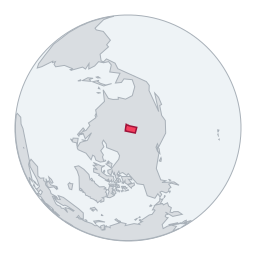 South Dakota on an orthographic globe, rotated 190°
{"feature_id": "USA-3534", "entity_name": "South Dakota", "entity_type": "State", "adm_level": 1, "iso_a3": "USA", "parent_name": "United States of America", "parent_adm1": "", "projection": "orthographic", "projection_center": [-98.157, 44.23], "detail": "medium", "context": "on_globe", "style": "filled", "palette": "rose", "viewbox_px": 256, "rotation_deg": 190, "n_neighbors": 0, "source": "natural_earth", "source_scale": "10m", "svg_char_len": 9671}
<svg xmlns="http://www.w3.org/2000/svg" viewBox="0 0 256 256"><g transform="rotate(190 128 128)"><circle cx="128" cy="128" r="113" fill="#eef3f6" stroke="#a8b0b8"/><path d="M182.9,226.4L179.4,228.2L178.4,228.7L170.8,232.2L163.0,235.1L163.7,234.8L161.2,235.6L165.3,233.7L170.8,230.5L177.8,220.6L176.3,219.1L169.1,218.8L160.6,211.4L163.5,206.2L161.3,204.5L168.3,195.8L166.1,189.4L163.5,189.0L161.2,192.3L152.0,189.6L148.3,184.6L118.0,176.9L114.5,173.7L113.8,168.5L100.6,149.5L107.8,167.1L103.2,163.5L99.0,157.0L100.7,155.7L97.0,146.2L92.6,141.9L90.0,129.5L94.5,114.7L96.3,117.6L97.1,113.9L94.9,110.2L93.2,108.7L93.1,93.1L86.7,82.6L81.5,82.6L85.1,80.2L73.3,82.9L67.8,80.5L75.9,81.2L78.2,79.8L75.4,77.1L77.2,75.1L76.9,72.7L79.2,70.7L83.8,71.6L85.4,70.4L83.3,68.5L84.4,65.6L87.2,68.4L89.3,63.5L97.3,64.7L102.8,74.9L109.2,74.7L119.9,83.2L120.9,81.0L125.5,83.2L128.4,81.6L129.5,83.9L130.8,80.6L129.1,78.9L129.1,76.9L130.6,75.9L132.4,78.5L131.9,79.4L133.2,79.7L133.5,81.5L134.2,80.0L136.2,83.5L136.5,78.6L139.9,80.2L140.6,82.9L137.6,84.5L131.7,95.6L131.5,99.3L134.2,102.7L145.6,105.0L146.6,108.5L150.1,111.8L150.9,108.9L148.5,105.3L150.9,100.9L147.6,97.3L148.1,95.1L145.9,90.8L149.5,89.6L154.1,90.8L156.0,94.3L158.1,95.1L158.8,90.3L165.0,95.9L173.4,98.0L174.7,99.8L172.5,105.5L165.9,108.7L163.1,117.0L168.2,109.9L171.2,114.9L173.1,115.1L174.8,113.9L174.9,111.4L176.6,112.9L172.2,120.3L170.6,119.0L172.0,116.6L168.9,118.3L166.0,123.8L167.8,126.1L161.4,132.6L162.6,134.5L161.9,137.1L160.5,133.6L163.0,140.2L155.8,150.1L159.1,161.3L152.4,153.7L147.8,153.5L142.5,154.6L143.0,156.5L135.4,156.0L129.4,160.6L128.5,169.8L132.2,176.3L140.5,175.7L142.4,171.7L148.2,170.1L145.4,180.5L155.7,180.0L155.4,187.2L158.6,190.0L163.4,188.0L168.5,188.2L171.6,183.3L176.9,179.3L177.6,184.7L180.1,178.7L183.3,180.1L193.5,175.2L192.9,176.8L201.5,178.6L209.9,175.7L211.9,177.9L211.0,180.8L213.7,179.3L213.7,180.7L223.6,173.4L227.8,171.3L227.2,175.8L222.5,185.1L215.8,197.6L206.9,207.3L202.9,211.7L193.0,220.0L187.8,223.2L187.5,223.6L183.7,225.9L182.9,226.4ZM38.1,141.7L38.7,139.4L39.3,141.8L38.1,141.7ZM38.4,137.4L38.3,138.3L38.2,137.5L38.4,137.4ZM37.9,136.4L38.3,137.2L37.8,136.5L37.9,136.4ZM37.2,135.3L37.6,135.8L37.2,135.3ZM159.2,165.2L170.9,167.4L164.9,169.9L166.0,168.6L162.9,167.2L157.3,166.5L151.8,168.9L159.2,165.2ZM36.3,132.9L36.1,132.3L36.6,132.5L36.3,132.9ZM163.0,157.8L161.0,157.9L162.9,157.3L163.0,157.8ZM92.2,108.4L94.7,110.4L96.0,114.6L93.8,113.1L92.2,108.4ZM89.8,100.8L91.5,101.0L90.4,104.6L89.8,103.4L89.8,100.8ZM77.5,83.3L79.2,84.6L76.9,84.0L77.5,83.3ZM76.4,72.8L75.4,73.1L75.7,71.8L76.4,72.8ZM144.2,91.8L145.0,91.3L145.0,92.4L144.2,91.8ZM142.4,90.5L141.7,92.1L140.7,91.7L141.2,90.7L142.4,90.5ZM79.5,67.5L80.3,65.4L80.3,67.7L79.5,67.5ZM143.5,88.7L139.2,90.8L137.5,90.1L137.8,86.0L143.5,88.7ZM81.2,64.3L83.0,59.4L80.8,59.6L88.0,56.7L84.1,61.6L84.5,64.3L82.9,63.4L81.2,64.3ZM128.0,78.8L129.8,80.6L126.9,80.1L128.0,78.8ZM126.1,79.0L117.2,80.6L115.3,77.6L118.7,77.6L115.1,74.6L118.5,72.3L121.3,73.4L121.8,75.7L122.7,73.1L126.1,79.0ZM91.6,56.0L92.7,55.0L92.4,56.2L91.6,56.0ZM128.9,76.1L127.3,76.6L125.5,74.0L128.4,72.5L128.1,73.8L128.9,76.1ZM112.5,75.0L111.7,72.9L114.2,70.4L114.3,69.3L118.4,72.0L112.5,75.0ZM129.2,73.9L130.0,71.8L132.2,72.1L130.4,75.4L129.2,73.9ZM123.8,74.0L123.1,72.7L124.4,72.9L123.8,74.0ZM140.4,72.4L138.5,72.9L137.4,71.6L140.4,72.4ZM130.1,71.0L129.3,70.9L128.7,70.5L129.6,69.3L130.1,71.0ZM120.0,70.1L121.2,69.5L118.4,68.8L120.2,67.1L122.7,69.2L122.4,67.6L122.9,67.0L124.3,69.4L120.0,70.1ZM128.6,66.8L132.4,69.1L136.1,68.3L137.2,69.5L130.9,70.5L128.6,66.8ZM126.0,68.1L127.8,67.5L128.2,69.1L127.2,70.5L126.0,68.1ZM120.5,65.1L117.1,67.3L116.7,66.8L120.5,65.1ZM129.6,66.2L128.7,65.7L129.9,65.9L129.6,66.2ZM123.3,65.1L122.1,65.9L121.7,65.2L123.3,65.1ZM127.8,64.0L129.0,64.7L128.4,65.6L127.8,64.0ZM125.7,64.2L125.3,63.2L127.4,65.5L125.2,64.6L125.7,64.2ZM123.0,64.3L122.4,64.2L123.6,64.1L123.0,64.3ZM129.7,60.1L132.5,62.9L130.9,64.9L128.5,61.9L129.7,60.1ZM194.3,37.0L192.7,35.8L201.3,42.9L199.8,42.5L190.5,35.2L182.5,29.6L181.7,29.3L184.2,31.7L179.9,29.5L184.8,32.6L184.7,32.0L187.8,34.0L188.1,34.6L186.6,33.8L188.2,35.5L195.2,39.5L195.9,39.4L201.9,45.2L203.5,45.5L206.0,47.9L204.2,48.1L202.4,47.0L201.2,50.3L203.7,51.9L204.9,49.0L205.7,50.3L208.9,52.9L207.0,52.0L205.0,55.1L208.7,61.7L217.8,73.2L219.1,77.5L218.1,80.4L210.3,74.2L208.4,65.2L205.6,63.3L202.2,64.2L201.9,61.5L200.3,60.9L199.2,57.7L193.9,53.0L192.3,50.0L186.6,48.0L185.0,46.3L188.8,47.9L190.6,47.6L186.0,41.0L184.0,39.7L180.7,39.0L179.8,37.5L177.2,37.7L172.8,34.3L176.0,38.7L172.1,38.4L167.5,36.5L166.8,37.3L174.4,40.5L176.8,41.1L178.1,40.3L185.4,43.2L187.7,45.5L182.3,45.8L185.0,49.3L179.5,48.4L162.5,39.8L157.3,36.6L156.2,30.6L159.5,31.1L161.5,33.3L163.0,31.0L161.3,31.3L160.6,30.1L156.7,29.9L156.1,29.1L153.6,30.4L152.3,29.4L153.9,28.6L147.2,27.7L143.5,26.0L142.3,26.3L142.1,27.0L137.7,24.6L137.0,24.9L138.2,25.8L137.6,27.0L134.8,28.4L133.4,27.4L134.2,26.8L133.9,24.3L136.3,23.1L135.4,22.9L133.0,23.8L133.4,26.8L132.2,27.9L131.5,26.4L131.6,27.0L130.6,27.3L128.2,26.7L128.7,28.4L118.8,33.7L113.3,33.5L113.8,31.4L105.4,34.9L99.8,35.0L100.9,35.7L97.7,38.3L99.4,38.2L99.6,38.8L92.0,46.0L89.2,47.2L87.1,51.7L87.7,52.1L89.7,51.5L88.0,56.7L80.8,59.6L79.9,58.4L76.1,61.2L74.5,58.2L71.5,57.1L72.0,52.5L69.6,52.3L68.4,53.5L64.1,54.4L59.6,52.4L68.6,48.7L76.5,51.7L73.8,49.9L76.0,48.8L76.0,47.3L73.9,46.3L72.7,47.1L77.6,38.8L75.9,35.0L72.1,38.2L68.5,39.8L63.2,39.6L66.0,34.2L61.4,37.3L60.3,38.0L60.5,37.8L63.7,35.5L64.3,35.1L67.7,32.9L68.2,32.6L72.6,29.9L73.5,29.5L76.0,28.1L83.5,24.5L91.3,21.5L99.3,19.1L107.4,17.3L115.6,16.0L123.9,15.4L132.3,15.4L140.6,16.1L148.8,17.3L156.9,19.1L164.9,21.6L172.7,24.6L180.2,28.2L187.4,32.3L194.3,37.0ZM239.7,113.6L240.3,121.6L239.6,123.2L235.5,120.0L234.0,113.3L231.3,109.1L219.3,78.4L219.6,74.8L213.3,60.1L213.0,58.8L216.8,62.4L214.5,56.3L210.2,51.5L205.9,46.6L211.8,52.7L217.2,59.3L222.2,66.2L226.6,73.5L230.4,81.0L233.6,88.9L236.3,97.0L238.3,105.2L239.7,113.6ZM226.7,89.7L227.8,91.1L226.7,89.7ZM169.4,23.2L170.1,23.7L166.2,22.2L165.1,22.0L167.1,22.9L174.2,25.6L173.1,24.8L169.4,23.2ZM193.8,175.0L195.1,175.4L193.5,176.3L193.8,175.0ZM164.4,172.5L166.8,172.0L168.1,172.6L166.4,173.4L164.4,172.5ZM183.1,166.2L185.6,165.6L183.1,167.2L183.1,166.2ZM172.7,167.5L181.1,166.8L176.3,170.5L171.0,170.9L174.5,169.2L172.7,167.5ZM162.6,161.7L164.1,161.7L163.9,163.0L162.6,161.7ZM164.4,157.4L163.8,157.7L162.9,156.9L164.4,157.4ZM171.5,114.5L171.9,113.9L173.8,113.2L173.2,114.6L171.5,114.5ZM180.2,104.7L182.8,107.4L180.5,106.3L180.3,108.5L175.3,109.2L175.0,100.8L176.0,104.4L180.2,104.7ZM168.5,108.1L171.7,108.4L168.2,108.4L168.5,108.1ZM192.4,61.3L193.3,60.3L195.5,61.7L197.6,66.1L194.4,64.0L192.4,61.3ZM194.0,58.5L187.9,58.0L186.4,55.4L188.3,56.9L187.9,55.3L190.8,57.2L195.2,55.6L197.5,56.8L200.1,63.9L198.0,60.8L197.3,62.0L194.0,58.5ZM175.3,63.2L172.7,63.5L172.7,57.5L175.2,57.9L177.4,62.2L175.9,64.2L175.3,63.2ZM144.8,81.2L143.8,82.2L143.3,81.4L143.8,79.9L144.8,81.2ZM139.6,72.8L148.7,76.4L148.0,77.6L154.2,78.7L154.8,82.3L150.8,81.5L155.8,85.2L152.4,85.9L156.1,88.1L147.1,85.9L144.2,86.9L147.2,84.4L146.7,80.9L145.7,79.8L140.6,77.3L134.2,77.9L132.8,74.9L133.4,72.5L134.7,71.9L135.2,74.0L136.6,71.7L138.4,74.3L139.6,72.8ZM141.9,50.1L142.0,52.3L145.0,49.1L146.8,51.2L147.0,50.7L149.5,51.9L153.0,52.5L153.3,53.7L154.5,53.5L156.2,54.3L157.9,54.4L159.2,56.7L161.4,57.0L160.8,57.9L164.3,58.0L162.2,59.0L164.2,60.4L165.1,58.6L167.8,71.7L170.5,76.8L173.9,80.6L170.0,82.2L164.3,79.7L158.4,75.4L156.4,70.5L155.0,72.2L153.6,70.4L155.3,69.8L151.9,69.7L151.2,68.1L145.9,65.0L141.4,66.1L139.4,65.1L140.8,63.9L137.8,63.8L139.1,60.9L137.7,60.1L137.6,56.7L141.2,54.9L139.3,54.2L139.1,51.7L141.9,50.1ZM129.8,59.1L133.7,56.2L136.6,56.1L135.6,62.3L136.7,63.3L136.1,67.5L132.0,67.7L132.5,66.5L132.1,65.3L133.5,65.7L132.0,64.5L132.7,62.8L131.7,61.5L133.2,60.9L129.8,59.1ZM210.9,56.3L210.3,55.2L209.0,53.3L211.1,55.0L210.9,56.3ZM209.6,58.4L208.9,57.2L211.1,58.4L211.7,59.6L209.6,58.4ZM206.5,55.6L208.7,57.0L207.9,57.0L206.5,55.6ZM187.9,46.8L186.8,45.6L187.5,45.6L188.9,46.4L187.9,46.8ZM151.2,41.8L150.8,42.8L150.1,42.7L147.2,44.1L145.6,42.7L146.7,41.3L151.2,41.8ZM195.2,37.6L197.9,39.6L198.2,39.9L197.2,39.1L195.2,37.6ZM205.7,47.2L204.2,45.4L206.3,47.7L205.7,47.2ZM149.1,40.5L148.1,41.2L147.9,40.1L149.1,40.5ZM144.3,41.8L143.8,40.6L145.1,42.7L144.3,41.8ZM134.3,31.4L140.1,30.8L143.2,29.8L143.3,28.2L145.6,30.3L140.8,31.9L134.3,31.4ZM120.9,33.4L120.8,35.1L119.2,34.8L119.0,34.3L120.9,33.4ZM122.0,34.1L124.9,35.4L123.8,36.6L121.7,35.3L122.0,34.1ZM137.2,37.4L139.0,37.2L139.1,38.1L137.2,37.4ZM54.2,42.9L55.4,41.9L53.8,43.4L53.4,43.7L54.1,43.0L54.2,42.9ZM57.9,39.8L56.9,40.7L54.0,43.4L54.7,43.1L53.3,45.0L55.4,43.9L55.2,44.7L52.4,46.6L49.5,47.9L53.7,43.5L57.3,40.3L57.9,39.8ZM56.4,43.4L59.6,43.0L56.0,46.5L54.5,47.3L54.5,46.0L56.5,44.2L56.4,43.4ZM59.3,44.0L61.2,42.3L69.8,39.7L70.7,40.1L62.2,43.5L63.6,42.2L62.1,42.4L59.3,44.0ZM91.8,54.7L92.6,55.0L91.4,55.4L91.8,54.7ZM100.7,38.8L100.8,39.6L99.3,40.0L100.7,38.8ZM100.5,42.3L102.0,41.2L101.0,42.7L100.5,42.3ZM105.4,38.9L102.9,41.0L104.5,38.5L105.4,38.9Z" fill="#d9dde1" stroke="#a8b0b8" stroke-width="1"/><path d="M119.8,126.2L120.0,124.3L130.2,124.6L130.2,124.8L130.1,125.0L129.9,125.1L129.8,125.3L129.9,125.5L130.0,125.6L130.3,125.8L130.4,129.4L130.2,129.4L130.2,129.5L130.3,129.6L130.3,129.8L130.3,130.0L130.4,130.3L130.4,130.5L130.2,130.8L130.2,131.0L130.3,131.0L130.4,131.3L130.2,131.3L130.2,131.2L129.9,131.0L129.9,130.9L129.7,130.9L129.4,130.8L129.4,130.7L129.2,130.6L128.9,130.7L128.7,130.7L128.4,130.7L128.4,130.8L128.2,130.8L127.9,130.7L127.7,130.6L127.5,130.4L119.5,130.1L119.8,126.2L119.8,126.2Z" fill="#f43f5e" stroke="#9f1239" stroke-width="1.5"/></g></svg>